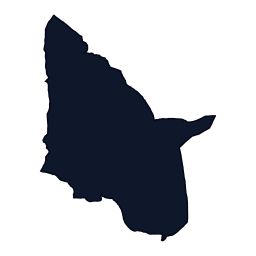 Kongwa, Dodoma, United Republic of Tanzania
{"feature_id": "72390352B66245716936383", "entity_name": "Kongwa", "entity_type": "district", "adm_level": 2, "iso_a3": "TZA", "parent_name": "United Republic of Tanzania", "parent_adm1": "Dodoma", "projection": "albers", "projection_center": [36.568, -5.974], "detail": "fine", "context": "isolated", "style": "filled", "palette": "ink", "viewbox_px": 256, "rotation_deg": 0, "n_neighbors": 0, "source": "geoboundaries", "source_scale": "gbopen_adm2", "svg_char_len": 5720}
<svg xmlns="http://www.w3.org/2000/svg" viewBox="0 0 256 256"><path d="M40.8,171.1L42.5,171.7L46.2,172.2L51.2,173.6L52.2,173.9L52.6,174.3L52.9,174.4L53.5,174.4L54.1,174.3L54.8,174.4L55.0,174.6L55.5,174.9L56.8,175.9L57.2,176.3L58.0,177.3L58.6,177.9L59.8,179.3L60.5,179.8L61.1,180.1L63.7,180.9L67.6,181.8L68.2,182.6L69.0,183.9L69.6,184.5L70.1,185.1L70.5,185.7L70.9,186.2L71.8,186.6L72.3,187.1L72.8,187.4L73.3,188.1L73.8,189.1L74.1,189.9L74.1,190.8L74.4,191.8L74.3,192.5L73.6,194.3L73.6,195.3L73.8,196.0L73.6,197.0L73.9,197.7L75.1,197.7L76.6,197.6L76.9,197.8L78.9,197.8L80.3,198.0L81.7,197.7L83.7,197.7L84.9,197.5L86.4,199.5L87.3,200.3L89.6,201.5L91.4,201.4L92.5,201.1L93.2,200.9L93.9,200.9L96.0,200.9L97.1,201.0L98.4,200.9L99.5,200.8L100.1,200.6L100.9,200.1L101.2,199.5L101.2,199.1L101.1,197.4L100.7,196.4L100.8,195.8L101.1,195.5L101.6,195.3L102.0,195.5L102.3,195.9L102.9,196.4L103.9,196.7L105.1,197.4L106.4,197.8L108.5,198.0L110.1,198.4L112.3,198.2L112.7,198.3L113.6,200.0L114.6,200.4L115.8,201.5L116.4,202.3L117.2,202.7L117.7,204.0L118.7,204.6L120.2,207.5L120.8,208.4L121.7,210.1L122.0,211.4L122.6,213.3L123.7,219.1L124.3,220.5L124.7,221.9L126.1,224.0L127.5,225.8L128.7,227.2L130.9,229.2L132.2,230.0L133.4,230.6L134.4,230.9L135.5,230.9L136.7,230.5L137.2,230.4L139.8,230.8L140.6,230.9L141.7,231.1L143.4,231.8L143.5,231.9L144.5,232.0L145.2,232.0L145.8,232.1L147.0,232.5L147.5,233.0L148.0,233.3L149.8,234.0L151.5,234.0L154.2,233.8L155.0,234.0L156.9,233.8L159.7,233.9L161.1,234.0L162.0,234.2L162.3,234.7L162.3,235.3L162.5,236.0L161.9,237.8L162.1,238.5L162.2,239.1L162.0,239.5L161.7,239.7L161.6,240.2L161.9,240.4L162.3,240.5L162.7,240.6L163.5,240.2L164.6,239.4L165.5,238.3L166.1,237.1L166.2,236.7L166.9,236.1L167.5,235.9L168.1,235.9L168.9,235.7L168.9,235.2L169.3,234.9L169.7,235.2L170.2,235.3L171.3,235.3L172.2,235.1L173.0,234.7L174.9,233.5L177.5,231.5L178.5,230.6L179.2,229.8L180.4,228.8L181.3,227.9L183.2,226.3L184.2,225.1L185.3,223.9L187.0,222.3L187.1,222.0L187.5,218.6L187.5,216.4L187.4,210.5L187.4,209.5L187.3,203.0L187.0,199.0L186.8,197.2L186.2,194.6L185.9,193.0L185.6,190.7L185.1,184.6L185.0,183.4L184.9,182.4L184.9,181.0L184.0,177.5L183.6,173.7L183.2,171.2L182.7,166.5L182.5,165.9L182.2,164.0L180.5,153.4L180.0,151.6L179.6,149.4L179.0,148.1L179.1,147.7L179.7,147.1L180.7,146.3L185.6,141.5L189.4,138.3L191.2,136.8L191.7,136.2L192.9,135.8L194.4,135.4L195.1,135.1L196.3,134.7L197.7,134.4L198.9,134.0L199.9,133.4L202.0,132.1L202.8,131.7L203.9,131.0L205.0,130.3L205.7,130.0L206.4,129.6L208.5,128.5L209.5,127.8L210.0,126.7L211.7,123.7L212.5,121.5L214.7,117.1L215.2,116.1L215.2,115.9L214.0,115.9L212.0,115.9L206.8,116.3L205.4,116.3L201.8,118.2L199.2,119.4L196.0,120.8L195.6,120.9L194.9,121.1L194.5,121.2L194.3,121.4L194.0,121.4L193.4,121.6L192.3,121.8L190.9,122.0L189.7,122.2L189.2,122.1L188.3,122.3L187.6,122.2L187.1,121.8L186.4,121.4L185.7,120.9L185.0,120.6L184.5,120.5L183.3,119.8L182.2,119.4L181.1,119.2L179.9,119.1L176.9,119.0L173.6,118.7L172.9,118.7L172.4,118.6L170.8,118.8L170.2,118.6L169.4,118.6L167.6,118.8L167.1,118.9L166.4,119.0L165.2,119.0L164.0,118.8L163.2,118.9L161.7,118.9L160.9,119.1L159.6,119.2L158.6,119.6L158.0,119.7L157.3,119.7L156.0,119.9L155.3,120.0L155.0,120.2L154.7,120.5L154.3,120.6L153.4,116.6L153.3,116.0L153.2,115.6L153.1,115.4L152.7,114.2L152.1,113.2L150.6,110.3L150.3,109.4L149.9,108.5L149.2,107.6L149.0,107.4L147.6,105.0L146.1,102.7L144.9,100.8L144.8,100.5L144.7,100.6L144.4,100.4L143.3,98.8L142.4,97.0L141.2,95.9L140.5,95.4L139.5,94.1L138.9,93.6L137.8,92.4L137.4,92.1L136.9,91.6L135.4,90.8L133.3,89.0L131.7,88.1L131.5,87.9L130.7,87.2L130.1,86.9L129.3,86.8L129.2,86.5L127.2,85.3L127.1,85.1L126.6,84.6L126.1,84.5L126.0,83.8L125.7,82.5L125.4,82.0L125.2,80.7L124.8,80.2L124.7,79.8L124.0,78.7L123.9,78.4L123.1,77.3L122.3,75.6L122.1,74.8L121.5,74.0L121.3,73.4L121.1,73.1L120.9,72.7L120.9,72.2L120.9,71.8L120.7,71.2L120.0,70.8L117.5,69.8L115.9,69.2L114.3,68.7L113.2,68.3L111.3,67.7L110.2,67.1L109.9,67.0L109.7,66.5L108.8,64.9L108.3,63.9L108.3,63.6L108.0,63.2L107.6,61.4L107.2,60.7L106.0,59.9L105.1,58.3L104.8,58.0L104.4,57.9L103.1,57.9L102.2,57.5L101.8,57.3L101.2,57.1L100.6,56.6L100.0,56.0L99.7,55.9L99.3,55.4L98.3,55.3L97.2,55.1L96.6,55.0L96.4,54.9L96.2,54.8L95.9,54.8L95.8,55.0L94.8,55.3L94.5,55.4L94.3,55.4L94.0,54.8L93.3,54.2L93.0,53.8L92.7,53.5L92.3,53.4L91.7,53.5L91.3,53.2L90.5,53.4L89.8,53.5L89.1,53.7L88.6,53.6L88.4,53.5L88.2,53.3L87.9,53.1L87.0,53.2L86.2,53.1L85.6,53.0L84.8,52.6L85.7,52.0L86.6,51.1L87.1,50.5L87.4,49.7L87.4,49.2L87.5,46.2L87.1,44.9L86.8,44.5L86.2,43.8L86.0,43.3L85.4,42.7L84.0,42.2L82.9,41.6L82.1,41.3L82.2,40.8L82.2,39.8L82.0,39.0L81.7,38.2L81.8,37.1L81.5,36.4L80.6,36.0L79.7,35.7L78.4,34.6L75.3,31.8L73.8,31.0L71.7,29.4L67.2,25.4L64.8,23.6L62.7,21.8L60.9,20.9L58.9,19.2L56.5,17.6L53.9,15.4L53.7,15.4L53.3,16.1L51.0,19.5L48.9,21.9L47.8,24.0L47.0,26.1L45.6,29.4L45.5,37.5L45.0,40.2L45.2,43.9L44.1,49.2L44.3,50.1L45.3,51.5L45.9,53.1L45.5,56.1L46.1,60.8L45.7,66.3L46.0,68.5L46.5,69.7L46.6,70.8L46.5,72.1L46.7,72.7L46.7,73.5L47.0,74.0L47.1,74.7L48.1,76.1L49.0,78.1L48.6,78.3L45.6,81.3L46.4,81.7L47.6,82.4L48.2,83.7L48.5,84.7L48.5,88.3L48.4,90.4L48.8,91.5L49.2,96.5L49.5,97.8L49.9,99.6L50.1,101.3L49.8,103.3L49.7,105.0L49.8,106.4L49.7,107.6L49.4,109.3L48.4,111.9L47.3,114.0L47.5,118.0L48.1,126.1L48.0,127.0L47.9,128.3L47.9,132.4L47.8,132.5L47.8,134.2L47.0,134.7L45.3,136.1L44.5,137.4L43.7,139.0L43.2,139.9L43.3,140.9L43.4,141.5L43.8,142.0L44.9,142.5L45.9,143.2L46.1,143.7L46.3,144.8L47.1,145.3L46.7,147.1L46.6,148.1L47.6,148.6L48.1,149.3L49.3,151.3L49.0,152.6L48.6,153.7L47.8,154.2L47.5,154.9L46.9,155.7L46.0,156.5L45.8,157.5L45.9,158.9L45.8,160.8L45.3,162.1L45.2,163.2L43.6,165.7L42.7,167.9L41.3,170.1L40.8,171.1Z" fill="#0f172a" stroke="#020617" stroke-width="1.5"/></svg>